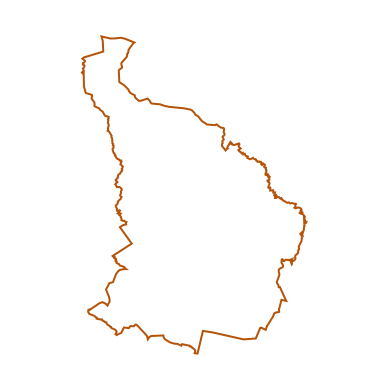 Naucalpan de Juárez, México, Mexico (Robinson projection), rotated 86°
{"feature_id": "50627088B48006947471790", "entity_name": "Naucalpan de Juárez", "entity_type": "district", "adm_level": 2, "iso_a3": "MEX", "parent_name": "Mexico", "parent_adm1": "México", "projection": "robinson", "projection_center": [-99.3, 19.474], "detail": "fine", "context": "isolated", "style": "outline", "palette": "amber", "viewbox_px": 384, "rotation_deg": 86, "n_neighbors": 0, "source": "geoboundaries", "source_scale": "gbopen_adm2", "svg_char_len": 6038}
<svg xmlns="http://www.w3.org/2000/svg" viewBox="0 0 384 384"><g transform="rotate(86 192 192)"><path d="M38.8,239.1L34.4,248.2L33.2,252.1L33.4,257.5L33.2,262.7L30.5,271.4L35.1,270.5L45.7,270.7L50.2,290.4L51.4,292.1L53.2,290.0L54.1,289.6L55.4,290.6L55.8,291.8L57.3,292.0L57.6,291.0L58.4,290.4L60.2,291.0L61.3,292.3L63.2,291.5L65.2,291.7L64.5,292.9L65.3,293.5L66.3,292.1L66.9,292.1L66.9,291.8L79.2,292.4L85.2,291.2L85.9,290.9L88.1,285.1L89.6,284.9L90.8,285.5L92.1,285.6L95.5,283.2L97.6,283.0L99.4,283.4L100.9,281.1L101.9,278.9L103.9,277.7L105.6,275.5L108.7,274.1L110.0,273.2L111.2,269.9L112.2,270.2L112.9,270.0L113.7,270.9L114.7,270.5L117.2,271.1L118.6,270.5L119.9,270.4L122.5,271.5L123.6,271.1L125.1,271.9L125.6,270.8L130.2,268.3L131.7,268.6L132.9,267.9L138.0,268.0L138.7,267.2L140.1,267.7L140.7,266.9L142.4,267.2L143.5,268.3L145.4,268.0L147.4,267.5L147.9,267.2L148.0,266.7L150.1,266.4L150.3,265.7L151.3,265.8L153.8,264.2L154.6,262.3L155.6,261.9L155.9,261.5L155.6,260.5L156.4,260.1L157.0,260.3L157.2,260.8L158.0,260.8L159.4,261.5L160.0,260.6L161.3,259.9L161.8,259.2L163.4,259.8L163.9,260.4L165.1,260.0L165.5,260.7L166.7,260.7L167.2,261.7L169.0,262.8L169.1,263.4L169.7,264.3L170.9,264.8L171.8,264.6L172.4,265.3L173.1,265.3L174.5,267.2L175.6,267.0L176.6,265.8L177.1,265.7L177.8,266.9L179.0,268.0L179.7,267.4L181.9,266.7L181.9,263.9L184.1,261.9L185.0,261.9L185.9,262.6L189.0,263.2L190.0,264.0L191.3,263.5L192.0,262.6L194.0,263.7L195.6,266.0L196.7,266.3L197.0,266.9L198.7,267.1L200.0,268.8L200.4,269.0L203.8,268.0L204.3,268.3L205.6,268.0L205.7,266.9L205.1,265.7L205.5,265.1L208.0,267.5L208.1,266.8L207.6,266.0L208.6,264.6L209.8,266.3L211.4,264.7L212.3,264.8L213.6,264.2L215.1,264.4L216.1,262.5L215.9,261.6L217.4,260.1L217.5,259.5L219.0,260.2L219.7,260.0L220.1,262.7L222.0,266.4L239.3,255.7L250.3,275.7L250.8,275.3L250.8,274.1L251.2,273.8L251.9,274.5L252.4,274.3L253.0,272.7L253.5,272.4L254.1,272.4L254.5,273.1L255.7,273.1L256.0,272.0L257.5,272.2L258.9,269.8L260.2,269.2L262.0,264.8L262.9,264.7L264.3,263.1L264.2,266.1L264.8,269.6L266.2,271.5L268.7,273.6L276.4,277.1L277.2,280.8L283.3,284.6L290.4,282.2L293.8,281.7L295.6,281.9L299.4,284.3L297.5,285.8L295.6,289.1L296.7,292.5L302.7,302.7L302.1,302.8L302.4,303.6L304.3,304.0L306.4,303.0L308.9,297.8L310.2,296.8L310.8,295.6L311.4,295.4L311.8,295.7L312.7,292.5L312.8,290.7L313.6,290.6L313.8,290.0L314.6,289.6L315.0,288.3L315.8,287.9L316.1,286.5L317.3,286.3L318.4,285.7L319.8,283.5L320.7,283.1L321.0,282.1L322.1,281.9L323.9,278.4L324.5,277.8L326.0,276.9L328.6,278.2L329.5,277.0L329.0,276.5L327.7,272.5L322.4,269.3L323.4,264.5L321.4,262.8L321.9,259.4L320.3,257.7L320.4,256.9L320.8,256.3L332.1,247.1L335.9,246.3L333.7,244.7L332.8,242.7L333.1,230.6L335.3,230.3L337.1,229.2L340.4,224.6L342.0,220.4L342.5,217.1L344.5,213.4L343.1,212.6L345.2,205.0L345.9,205.0L346.2,203.5L347.1,203.0L348.7,201.0L350.4,199.7L353.0,200.6L353.5,197.7L331.3,190.8L333.5,181.3L342.6,150.9L342.6,138.6L332.3,133.4L332.1,132.5L334.6,128.1L331.1,126.6L322.1,120.0L318.8,118.4L318.1,116.9L317.7,113.4L315.2,113.4L305.9,110.3L307.2,105.6L292.9,111.0L292.9,112.2L290.9,112.3L289.1,113.4L287.7,113.7L281.1,110.7L279.5,110.6L277.6,111.1L275.5,110.8L274.4,109.5L273.5,107.1L272.4,106.3L271.5,106.3L268.6,107.7L265.5,107.2L265.4,106.4L267.3,105.5L267.4,105.0L266.1,103.3L266.7,99.4L265.8,96.7L266.7,97.3L267.4,98.7L271.1,97.5L270.7,97.2L268.7,97.7L267.7,95.3L266.5,93.9L265.5,93.4L263.3,93.6L262.5,93.3L260.2,90.3L257.7,90.2L256.3,89.0L254.0,89.4L248.5,86.1L243.2,85.4L241.4,86.9L240.7,86.1L242.1,86.3L243.0,84.8L242.1,85.0L237.5,83.1L233.5,82.4L233.5,82.1L230.8,82.2L230.8,80.5L229.8,80.0L229.8,80.9L228.9,81.7L228.2,81.1L226.7,81.7L227.2,82.1L225.1,82.0L225.4,81.5L224.6,81.1L222.2,82.7L221.5,84.2L221.2,83.5L220.5,83.3L220.8,85.6L220.4,86.1L219.8,85.5L220.1,84.7L219.8,84.1L218.6,84.0L218.0,84.8L217.1,84.0L216.1,84.5L214.8,86.7L215.5,89.9L214.9,90.9L213.8,89.8L212.3,89.9L211.3,89.1L210.9,89.4L210.9,90.9L209.9,92.9L210.3,94.7L209.3,95.8L209.2,96.5L209.5,97.1L209.0,98.6L208.0,99.6L207.0,101.6L205.5,102.5L205.6,102.9L205.0,103.9L204.3,103.7L204.4,104.4L203.8,105.3L203.3,105.4L203.0,108.0L203.9,108.6L203.8,109.6L203.0,109.4L202.6,108.5L202.0,108.3L202.0,107.7L201.6,108.0L201.9,109.1L201.4,110.1L201.1,110.2L200.3,109.0L199.9,109.9L198.2,109.3L198.2,111.0L196.0,110.8L195.8,111.1L196.1,112.6L196.0,114.0L193.9,113.5L193.1,113.7L193.4,114.4L193.2,115.3L192.6,115.7L188.9,114.0L187.0,114.8L187.2,115.3L187.0,115.7L186.2,116.0L185.8,115.9L185.1,113.9L183.1,114.1L182.4,113.4L181.8,114.0L182.2,114.9L181.8,115.1L180.8,114.4L179.9,114.8L180.1,115.3L179.6,115.7L180.4,116.4L179.9,117.5L178.6,117.4L177.1,116.3L176.4,116.6L175.1,116.2L174.4,116.8L173.0,116.5L172.7,117.7L171.8,118.4L170.8,117.5L170.0,117.4L168.6,119.0L169.5,119.5L170.0,120.4L169.3,121.0L167.2,120.8L166.7,121.1L166.8,122.6L166.2,122.9L166.4,124.6L165.5,124.9L165.2,125.7L164.0,125.9L163.6,126.5L163.6,127.5L162.7,128.7L162.2,128.8L163.3,131.3L163.3,131.9L162.6,133.2L161.8,134.5L160.4,133.8L159.9,135.5L159.3,136.1L157.6,136.7L158.1,138.2L156.5,138.5L157.0,139.8L155.5,140.6L155.4,141.2L153.7,142.8L153.3,142.7L153.3,141.9L152.4,141.2L152.0,140.4L151.5,140.7L151.0,141.7L149.9,142.2L148.9,142.3L148.0,141.4L147.0,141.5L146.8,141.8L148.1,146.7L147.5,148.5L146.9,149.4L146.4,148.8L144.8,150.2L149.4,153.3L151.0,154.0L151.2,153.6L151.5,154.3L152.9,155.6L148.0,158.9L146.2,158.7L145.2,157.9L143.9,158.3L143.1,158.0L141.9,156.7L141.4,156.7L139.1,157.7L138.5,157.2L137.9,156.1L136.5,155.4L134.6,156.2L131.3,155.5L130.5,155.9L129.6,159.0L126.2,162.9L126.9,164.4L125.7,172.4L124.3,173.9L122.1,177.1L116.9,180.6L115.0,183.4L113.2,184.1L110.4,186.5L109.7,187.8L108.0,193.9L105.4,209.1L104.1,213.6L102.3,217.7L101.0,225.8L100.5,226.6L98.0,227.9L95.7,229.7L97.5,237.1L97.3,238.7L94.4,241.6L93.3,242.2L91.5,242.4L88.8,246.8L87.7,247.2L87.1,247.9L85.6,248.1L80.9,252.1L77.4,256.8L65.8,256.6L65.1,256.2L63.2,253.3L61.9,252.9L60.2,253.6L58.5,253.5L52.5,247.6L51.4,247.2L49.7,247.1L48.9,246.1L45.4,245.2L39.3,240.0L38.8,239.1Z" fill="none" stroke="#b45309" stroke-width="2"/></g></svg>